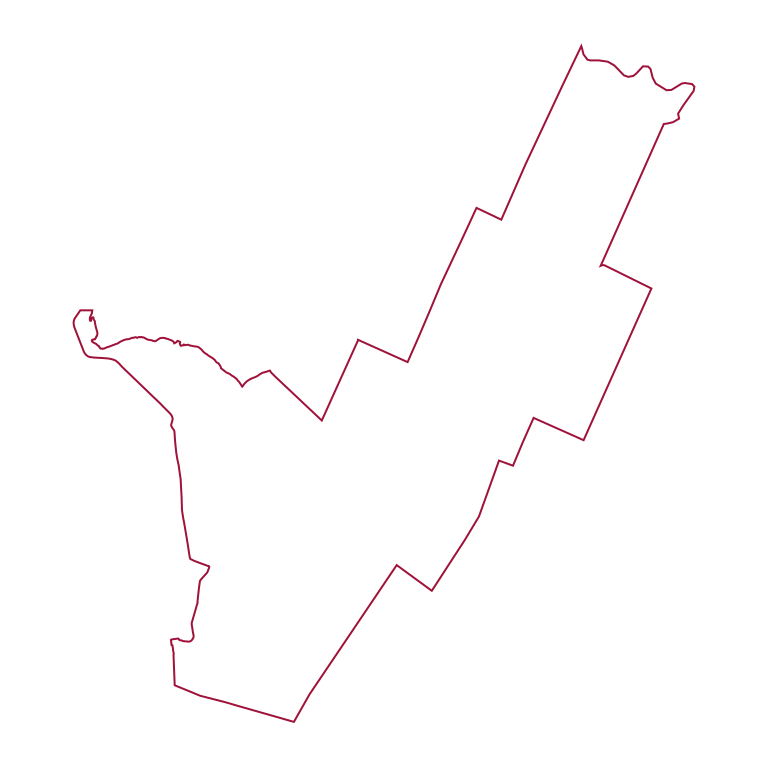 Suhaia, Teleorman, Romania
{"feature_id": "2599482B91866656002466", "entity_name": "Suhaia", "entity_type": "district", "adm_level": 2, "iso_a3": "ROU", "parent_name": "Romania", "parent_adm1": "Teleorman", "projection": "albers", "projection_center": [25.195, 43.756], "detail": "fine", "context": "isolated", "style": "outline", "palette": "rose", "viewbox_px": 768, "rotation_deg": 0, "n_neighbors": 0, "source": "geoboundaries", "source_scale": "gbopen_adm2", "svg_char_len": 5910}
<svg xmlns="http://www.w3.org/2000/svg" viewBox="0 0 768 768"><path d="M651.4,288.5L604.1,265.1L603.0,265.1L601.4,265.5L600.7,265.8L663.8,124.0L667.4,123.5L673.0,122.2L679.1,118.6L678.1,113.6L683.2,105.5L693.6,91.0L694.4,86.7L692.1,84.1L684.9,83.0L681.9,83.5L671.4,89.9L666.5,90.2L655.8,83.6L652.7,77.8L650.5,69.0L648.2,66.6L643.0,66.3L636.6,73.2L633.5,75.8L628.4,76.9L624.0,75.4L614.3,65.4L607.8,61.7L599.0,60.4L590.3,60.4L587.5,59.7L583.5,54.4L582.1,48.7L581.3,46.1L562.6,85.2L525.6,164.1L501.3,219.7L476.5,207.9L463.0,237.1L440.9,284.2L429.8,310.8L418.8,336.6L407.6,362.1L358.0,339.8L357.9,340.6L321.8,420.5L275.1,376.5L271.1,372.5L270.5,371.7L270.1,370.7L269.5,370.7L265.5,372.0L264.4,372.3L263.5,372.5L262.8,372.7L261.9,373.1L259.6,374.4L258.3,375.4L257.3,376.1L254.0,377.6L252.4,378.1L249.1,379.8L248.5,380.2L247.3,381.0L246.3,381.8L245.6,382.5L245.0,383.1L243.5,384.9L243.0,385.8L242.2,386.6L239.4,382.3L238.9,381.7L237.6,380.4L237.1,379.4L236.3,378.8L235.9,378.3L235.6,378.1L234.8,377.5L233.9,376.8L233.0,376.2L232.4,376.0L231.9,375.6L230.9,374.9L229.8,374.0L227.9,373.1L226.6,372.6L225.6,371.9L223.7,370.3L223.0,369.8L222.0,369.1L221.0,368.2L220.6,366.6L220.3,366.0L219.4,364.7L219.0,364.0L218.6,363.5L218.2,363.2L217.5,362.8L217.0,362.6L216.4,362.2L215.4,360.9L214.9,360.1L214.6,359.8L213.9,359.3L213.2,358.6L212.4,358.0L208.1,355.4L206.8,354.2L206.0,353.8L204.5,352.8L203.3,351.7L202.6,350.9L201.7,349.8L201.0,349.1L200.1,348.4L198.8,347.3L197.6,346.8L196.5,346.6L194.0,346.3L192.2,345.9L191.3,345.7L190.4,345.7L190.0,345.5L188.8,345.0L188.3,344.8L187.0,344.8L185.6,345.1L184.9,345.0L184.4,345.1L184.1,344.6L183.9,344.6L183.8,345.2L183.6,345.3L182.7,345.2L182.2,345.3L181.8,345.7L181.3,345.7L181.0,345.6L180.9,345.7L180.7,345.5L180.3,345.0L180.0,344.3L179.8,343.8L179.8,343.4L179.9,343.2L180.2,342.6L180.1,342.0L180.0,341.8L177.6,340.9L177.2,341.1L176.7,341.9L176.2,342.3L175.6,342.6L175.0,342.8L174.8,343.2L174.2,343.3L174.1,342.6L173.6,341.9L173.0,341.3L172.1,340.7L171.4,340.3L169.1,339.5L167.8,338.9L166.0,338.6L165.0,338.1L164.6,338.0L163.4,337.9L161.9,337.9L160.4,338.1L159.7,338.4L159.2,338.7L155.9,340.9L155.3,341.2L154.6,341.2L153.2,341.0L152.9,340.8L152.5,340.5L151.1,340.2L149.0,339.9L148.6,339.7L147.7,339.6L147.2,339.4L146.2,338.8L145.6,338.6L145.2,338.2L144.5,338.0L144.0,337.6L143.5,337.4L142.1,337.3L141.6,337.0L141.2,336.9L140.9,337.0L140.5,337.2L140.3,337.3L139.6,337.1L139.1,337.2L138.7,337.1L138.4,337.2L137.3,337.8L137.0,337.8L136.3,337.4L135.9,337.3L135.2,337.2L134.6,337.5L134.1,337.5L133.5,337.8L133.1,337.9L132.9,337.9L132.5,337.8L131.6,337.9L131.3,338.1L129.6,338.9L129.0,339.1L128.0,339.1L127.4,339.3L127.1,339.4L126.6,339.3L126.0,339.4L125.5,339.6L124.0,340.0L123.4,340.3L122.9,340.6L122.1,340.8L119.6,342.1L118.9,342.6L118.4,343.1L117.1,343.6L116.3,343.9L113.7,344.9L113.0,345.1L112.4,345.4L111.0,345.9L110.4,346.2L108.2,346.9L106.9,347.3L104.0,348.6L103.2,348.6L102.9,348.8L102.7,348.6L102.3,348.7L101.8,348.7L101.5,348.6L100.7,348.6L100.1,348.2L99.9,347.6L99.4,347.3L99.3,347.0L99.2,346.5L99.1,346.3L98.9,346.0L98.5,345.8L97.9,345.6L97.4,345.1L97.1,344.8L96.6,344.4L96.5,344.2L96.2,344.0L95.5,343.6L94.6,343.1L93.9,342.8L93.0,342.3L92.4,341.8L92.1,341.5L91.9,341.0L91.8,340.6L91.9,340.3L92.0,340.0L92.2,339.8L92.5,339.9L93.5,339.6L93.8,339.3L94.2,339.2L94.7,339.3L95.0,339.2L95.2,338.8L95.2,338.6L95.7,338.2L95.8,338.0L96.0,337.6L96.3,336.6L96.3,336.4L96.9,335.9L97.1,335.7L97.1,335.3L97.4,333.8L97.4,333.2L97.3,332.4L97.1,331.6L96.9,330.9L96.3,328.8L96.0,327.7L95.6,326.2L95.5,325.5L95.1,323.7L94.8,321.3L94.6,320.7L94.0,320.0L93.6,319.3L93.5,318.8L93.5,317.7L93.3,317.4L93.0,317.3L92.7,317.4L92.3,317.6L91.9,317.9L91.5,318.4L91.2,319.1L91.1,320.4L91.0,320.8L90.5,320.8L90.2,320.7L90.0,320.4L89.9,319.5L89.8,318.8L89.9,318.0L90.0,317.5L90.4,316.5L90.6,316.0L90.8,315.6L91.2,314.7L91.7,313.9L91.9,313.4L92.0,313.0L91.8,312.4L92.0,312.0L92.1,311.7L92.3,310.3L80.3,310.3L77.9,313.9L76.8,315.4L75.5,317.3L74.4,319.1L74.1,319.8L73.7,321.6L73.6,322.9L73.7,324.1L74.1,326.4L75.0,328.9L79.0,339.2L79.9,341.5L83.1,349.7L83.6,351.1L84.1,352.1L84.7,353.2L85.7,354.5L86.5,355.2L87.3,355.9L88.3,356.5L89.1,356.8L90.2,357.1L91.4,357.2L94.5,357.6L102.3,358.0L108.6,358.5L109.4,358.7L111.8,359.2L113.2,359.6L114.5,360.1L115.4,360.5L116.4,361.2L118.1,362.6L119.8,364.3L120.6,365.3L121.0,365.6L121.8,366.6L129.3,373.8L153.6,397.2L159.3,402.6L161.5,404.8L162.5,406.0L163.9,407.3L169.8,413.2L171.4,415.1L172.1,416.6L172.6,418.3L172.6,419.3L172.3,420.8L171.3,424.2L171.2,424.9L171.2,425.4L171.6,426.7L172.4,428.0L173.8,429.9L174.4,431.2L174.7,435.2L174.7,436.0L175.2,442.4L175.9,449.2L176.3,452.9L177.3,459.1L178.5,464.5L178.8,466.3L179.8,473.6L180.6,478.8L181.3,491.7L181.6,497.2L181.8,504.1L181.9,505.4L181.9,507.9L182.1,511.0L183.1,517.5L183.2,518.1L184.1,522.6L186.1,534.4L188.0,546.0L189.5,555.9L190.0,558.2L190.4,559.0L192.9,560.2L193.8,560.7L200.9,563.4L206.7,565.5L207.8,565.9L208.2,566.0L208.6,566.0L209.0,566.3L209.2,566.6L209.3,566.9L208.9,568.2L207.9,571.0L207.4,572.1L206.9,572.9L202.9,577.3L200.8,579.7L200.4,580.2L200.0,580.9L199.9,581.3L198.9,588.5L197.5,601.4L197.5,602.6L197.6,603.1L197.4,603.5L196.6,605.9L195.9,608.5L195.2,610.9L192.9,618.8L192.1,621.6L191.8,622.4L191.7,623.8L191.8,625.2L192.3,627.9L192.8,631.7L193.6,635.5L193.6,636.4L193.5,637.2L193.1,638.1L192.8,638.7L192.4,639.4L191.9,640.0L191.5,640.4L190.8,641.0L190.4,641.2L189.1,641.6L188.5,641.6L187.0,641.5L182.8,641.1L181.9,640.5L180.9,640.3L179.8,640.2L179.1,639.7L179.0,639.3L178.8,639.0L178.3,638.6L177.6,638.6L171.9,639.4L171.1,639.7L170.9,639.9L171.0,640.5L171.6,645.1L172.3,645.2L172.9,648.0L173.1,650.4L173.3,651.6L173.8,653.8L173.7,654.3L173.5,654.7L174.7,685.3L200.3,695.8L226.0,702.4L238.2,706.0L293.9,721.9L309.6,694.2L396.7,565.1L431.8,590.8L465.0,539.7L479.0,516.4L499.0,460.6L513.0,465.7L522.6,442.7L533.6,417.9L583.6,440.2L651.4,288.5Z" fill="none" stroke="#9f1239" stroke-width="2"/></svg>